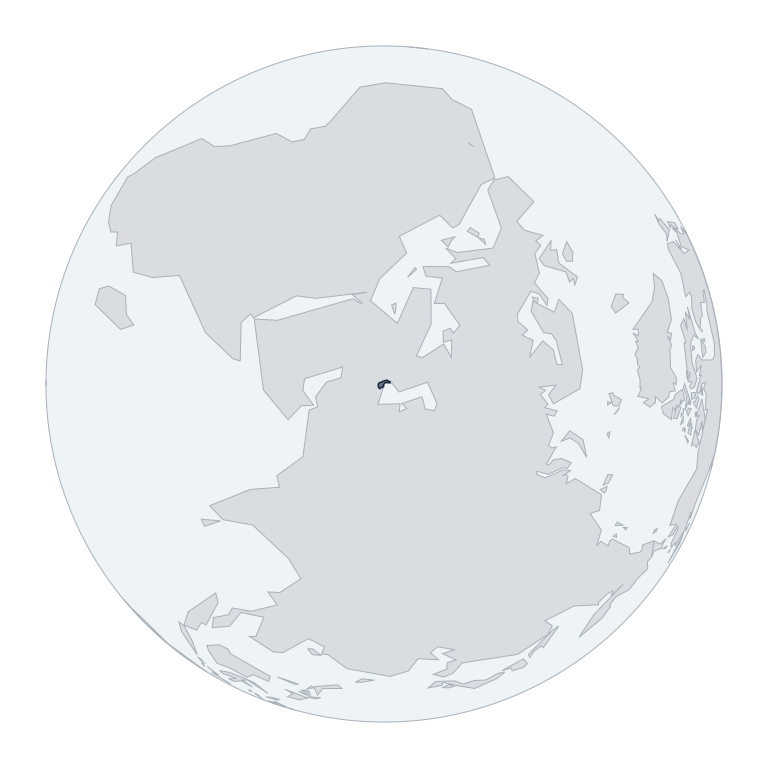 globe centered on Gilan, rotated 103°
{"feature_id": "IRN-3240", "entity_name": "Gilan", "entity_type": "Province", "adm_level": 1, "iso_a3": "IRN", "parent_name": "Iran", "parent_adm1": "", "projection": "orthographic", "projection_center": [49.412, 37.503], "detail": "fine", "context": "on_globe", "style": "filled", "palette": "slate", "viewbox_px": 768, "rotation_deg": 103, "n_neighbors": 0, "source": "natural_earth", "source_scale": "10m", "svg_char_len": 11794}
<svg xmlns="http://www.w3.org/2000/svg" viewBox="0 0 768 768"><g transform="rotate(103 384 384)"><circle cx="384" cy="384" r="338" fill="#eef3f6" stroke="#a8b0b8"/><path d="M377.3,46.1L394.9,47.9L430.8,53.8L446.5,55.5L439.6,56.0L472.3,60.0L494.5,67.0L466.6,59.5L461.7,59.3L475.5,63.7L473.4,64.5L478.8,67.4L475.1,68.4L459.1,64.9L456.4,65.7L466.3,68.9L468.8,72.5L454.7,67.5L457.6,73.6L431.3,70.9L396.5,60.2L379.2,62.7L335.9,63.0L337.1,65.1L321.4,67.7L316.9,71.4L310.2,71.2L312.4,74.4L319.5,73.9L322.8,75.4L320.8,77.8L311.8,77.7L311.5,76.5L307.9,77.7L304.2,76.8L304.9,78.6L294.3,78.8L301.7,82.3L290.7,85.6L284.5,84.7L289.2,80.0L286.6,69.2L281.8,68.4L270.2,71.2L239.8,85.8L232.8,87.6L220.2,93.4L222.2,94.1L232.6,90.0L233.2,93.8L245.9,89.2L248.0,90.4L259.5,88.4L253.3,94.1L241.0,101.1L231.2,103.4L225.5,106.8L231.2,109.7L209.4,119.6L189.0,137.0L183.8,139.5L180.2,134.1L189.4,120.7L184.8,117.0L183.2,125.3L170.3,132.8L166.2,136.9L164.3,140.4L167.4,140.1L162.0,144.3L161.6,136.8L166.5,132.8L166.6,135.0L170.8,129.1L170.4,125.6L163.9,130.5L170.2,122.6L165.7,126.2L164.5,127.1L171.4,121.5L164.1,127.4L184.4,111.4L205.8,96.9L228.3,84.1L251.6,73.1L275.8,63.9L300.6,56.5L325.9,51.1L351.5,47.6L377.3,46.1ZM47.7,416.6L49.1,428.6L50.1,435.8L47.7,416.6ZM388.5,46.1L389.7,46.1L393.2,46.3L388.0,46.2L386.4,46.1L388.5,46.1ZM458.2,57.0L450.5,55.1L458.7,56.8L458.2,57.0ZM480.3,67.7L483.1,68.2L484.7,69.6L480.3,67.7ZM262.1,85.5L260.8,86.9L259.4,86.5L262.1,85.5ZM268.4,83.5L267.6,82.1L270.5,80.9L270.9,81.8L268.4,83.5ZM480.5,72.5L482.2,75.1L477.7,71.8L480.5,72.5ZM268.6,85.7L275.6,79.2L280.6,77.4L286.3,79.5L268.6,85.7ZM481.4,76.2L485.8,83.2L492.5,84.5L476.1,85.7L477.8,78.8L471.2,74.3L477.9,76.6L481.4,76.2ZM322.5,72.8L315.0,73.4L323.1,70.9L322.5,72.8ZM327.0,70.9L347.3,62.6L357.5,63.5L348.6,65.8L363.3,65.8L358.2,70.3L349.1,71.3L343.5,69.7L345.8,72.7L327.0,70.9ZM466.3,85.7L465.0,87.2L463.3,85.1L466.3,85.7ZM324.7,75.8L327.9,73.8L337.0,74.3L332.2,78.5L330.8,76.9L324.7,75.8ZM369.6,63.9L375.5,65.4L373.0,69.3L375.0,70.5L359.0,70.5L369.6,63.9ZM327.8,78.0L329.6,80.7L323.5,82.7L322.2,77.9L327.8,78.0ZM341.3,72.8L345.4,73.4L341.6,74.3L341.3,72.8ZM302.9,92.5L306.6,89.5L311.6,89.4L302.9,92.5ZM330.7,81.6L332.8,80.9L335.2,80.7L335.1,82.9L330.7,81.6ZM358.4,73.5L356.1,75.0L364.8,73.6L363.3,76.9L352.9,76.5L356.8,78.1L356.3,79.1L348.4,77.7L358.4,73.5ZM342.2,84.7L328.5,86.0L320.6,91.2L315.9,91.3L329.4,82.9L342.2,84.7ZM346.5,80.6L342.8,83.1L338.8,81.6L338.9,79.1L346.5,80.6ZM366.0,79.5L371.0,74.5L373.1,74.8L366.0,79.5ZM340.7,86.4L344.0,86.1L340.6,86.9L340.7,86.4ZM359.1,81.8L360.6,79.8L362.9,80.3L359.1,81.8ZM349.5,87.3L345.1,87.6L345.0,85.7L349.5,87.3ZM354.5,85.0L357.4,86.0L347.6,84.9L354.8,84.0L354.5,85.0ZM361.1,82.5L363.0,82.1L360.1,83.2L361.1,82.5ZM352.3,94.5L340.0,93.5L339.8,89.3L351.8,90.7L352.3,94.5ZM90.2,450.6L83.1,393.5L91.6,381.6L96.7,360.5L158.4,322.3L167.6,334.1L211.7,346.8L216.5,352.1L207.0,367.7L236.6,402.3L251.3,391.4L282.4,411.9L305.9,415.9L321.9,384.6L283.5,377.2L281.1,359.6L315.2,351.5L349.4,358.8L349.6,352.3L331.5,334.9L343.0,324.5L325.7,328.0L330.0,335.5L319.3,338.3L314.7,331.7L318.9,328.0L309.7,323.2L291.8,343.3L294.3,353.1L267.8,350.9L269.4,367.4L260.9,372.5L255.0,346.8L258.4,338.8L244.5,307.8L238.5,315.8L251.3,345.9L245.7,342.1L237.7,354.5L239.4,342.1L227.0,308.3L205.5,304.7L171.7,326.5L160.5,322.7L154.0,309.6L172.7,279.0L195.7,291.2L202.6,281.8L203.5,262.5L210.4,268.3L213.6,262.3L222.8,266.4L241.2,257.5L251.5,260.3L263.9,243.4L270.9,242.9L261.5,252.8L260.5,261.7L286.4,269.9L293.0,267.4L299.0,256.1L305.4,260.3L307.9,248.4L325.4,248.2L306.2,238.9L312.7,226.8L326.1,219.9L324.8,214.6L303.0,225.9L297.4,232.2L298.1,239.9L279.9,257.1L269.8,257.5L275.8,234.2L262.2,232.7L272.9,216.4L325.3,193.7L344.5,192.1L365.2,214.4L357.7,221.2L346.5,216.3L352.0,231.9L353.9,225.3L359.2,229.2L366.8,219.6L371.0,222.0L371.2,209.2L377.1,211.1L376.8,219.2L393.2,208.0L406.9,209.8L408.6,206.2L406.5,201.9L425.3,207.8L425.7,205.0L419.7,201.8L416.6,194.3L418.6,183.8L425.0,186.4L425.1,190.5L435.1,203.8L434.6,215.2L437.4,215.3L439.3,206.1L427.2,189.8L426.5,182.8L433.5,189.5L430.9,186.5L432.6,183.9L440.2,184.0L433.1,176.4L442.9,147.3L458.7,145.5L463.8,154.1L477.4,139.4L494.1,140.4L488.5,137.3L491.3,129.3L486.1,128.7L483.6,126.7L488.4,108.1L494.4,106.5L490.2,96.7L487.3,95.3L482.6,95.8L476.1,85.7L492.5,84.5L498.2,87.5L504.6,85.4L516.6,93.1L529.5,99.1L538.8,109.9L548.2,114.4L549.6,113.2L563.4,119.1L586.9,137.0L561.6,127.7L525.1,105.9L539.4,114.8L534.3,114.7L538.3,119.3L548.5,125.9L550.9,125.4L557.6,149.0L578.6,174.0L581.7,165.6L590.8,167.7L617.4,193.1L638.2,245.1L650.6,251.9L656.1,260.1L655.8,270.6L647.8,258.8L641.2,259.6L636.7,251.9L633.6,266.1L627.1,255.7L627.9,272.6L635.3,278.2L640.5,268.9L644.0,289.0L658.2,295.8L667.6,312.4L669.7,355.9L660.2,378.0L661.2,384.2L653.4,382.9L649.1,400.4L668.4,422.0L670.0,431.2L660.2,458.4L658.9,452.1L638.3,448.6L638.8,472.0L654.6,479.9L660.1,496.5L649.9,497.7L643.7,483.4L636.4,481.6L635.3,462.2L623.3,438.3L612.7,450.3L610.6,438.6L592.5,421.2L575.7,437.5L551.0,480.3L552.4,510.3L541.8,526.5L516.8,490.6L508.1,462.5L497.5,467.8L473.0,446.6L426.3,451.1L421.1,443.4L412.0,447.8L395.0,440.5L387.6,427.2L376.7,428.2L396.8,462.6L408.7,461.6L420.6,447.7L423.9,459.9L440.4,469.4L417.0,500.1L349.9,525.0L345.9,502.2L307.9,433.4L310.5,426.2L310.4,425.3L310.1,423.8L304.1,435.2L298.4,421.2L315.9,469.8L317.8,489.2L349.0,526.3L345.4,529.5L356.2,537.0L393.8,529.3L393.5,536.6L374.2,569.4L324.3,607.7L332.4,633.7L331.4,653.4L303.7,662.1L309.6,675.8L295.8,677.8L297.3,684.4L288.1,688.8L271.6,690.0L239.8,680.3L235.0,674.5L214.9,657.6L185.7,616.7L190.8,603.1L186.8,588.1L164.1,545.3L168.8,527.9L163.5,516.6L152.0,512.9L146.1,499.1L139.5,495.0L100.2,474.2L90.2,450.6ZM132.7,350.0L130.0,355.9L132.7,350.0ZM383.0,383.5L405.2,385.3L399.6,363.8L407.7,363.0L402.8,356.4L399.1,362.3L387.9,344.1L399.1,338.1L398.6,328.8L391.2,327.9L372.5,342.0L388.4,367.7L381.4,376.3L383.0,383.5ZM170.4,133.2L170.2,133.9L167.2,137.9L166.7,137.0L170.4,133.2ZM166.1,152.1L157.5,158.5L163.2,152.9L160.7,152.4L169.6,140.6L181.7,140.2L174.6,142.2L166.1,152.1ZM184.8,125.8L177.8,132.6L184.9,125.2L184.8,125.8ZM222.0,228.1L223.3,233.9L217.1,239.4L204.2,238.0L213.1,229.7L222.0,228.1ZM226.7,241.0L236.2,219.6L244.6,220.4L238.3,223.4L242.9,226.1L233.9,231.9L232.6,254.4L227.0,261.0L206.3,253.4L216.1,251.9L214.2,246.0L226.7,241.0ZM245.8,170.9L250.0,163.6L262.8,174.4L257.3,180.0L244.1,178.4L242.8,170.8L245.8,170.9ZM277.3,91.6L278.2,89.5L280.6,89.4L282.0,91.0L277.3,91.6ZM304.2,91.1L276.4,100.9L275.9,98.9L260.3,108.2L252.9,106.6L263.3,100.5L245.8,106.7L252.3,100.6L240.6,105.7L264.5,92.2L269.6,87.5L266.8,93.1L273.4,94.5L277.8,93.8L294.1,88.5L308.3,80.1L317.2,80.9L319.7,83.7L317.6,85.8L312.5,84.5L313.4,88.3L304.5,88.1L304.2,91.1ZM343.7,126.9L338.7,122.6L339.0,133.8L330.0,132.2L330.6,133.6L322.4,135.4L313.5,140.2L310.1,138.6L308.1,141.3L302.6,142.8L298.7,146.1L291.2,144.5L285.8,148.5L285.3,145.6L278.1,153.0L280.1,146.9L273.2,148.8L274.9,153.8L243.7,141.3L229.0,142.1L215.7,146.6L220.9,136.5L236.7,126.3L256.5,118.4L269.9,119.6L269.8,115.3L276.2,114.7L273.6,118.4L281.4,112.5L285.9,113.2L303.6,108.5L312.1,100.6L318.8,99.1L317.7,102.6L325.1,98.7L327.7,104.4L332.5,103.6L339.9,108.9L335.1,116.7L340.9,115.3L346.8,119.8L343.7,126.9ZM354.0,96.1L350.3,104.9L343.6,108.6L333.6,98.0L328.8,97.9L322.1,92.1L332.0,87.1L333.0,89.1L336.3,90.0L331.9,91.2L337.9,90.9L339.4,93.9L344.5,94.6L341.9,97.2L354.0,96.1ZM224.6,348.0L228.8,350.5L236.0,352.3L231.1,360.5L224.6,348.0ZM215.7,325.1L219.9,325.6L216.5,337.3L212.2,335.1L215.7,325.1ZM225.1,316.3L220.4,324.7L220.4,318.9L225.1,316.3ZM265.7,252.9L270.5,253.0L269.9,255.9L265.9,259.2L265.7,252.9ZM342.8,162.7L341.0,158.9L343.1,158.0L345.8,149.0L352.7,150.0L353.7,155.7L342.8,162.7ZM313.7,389.2L305.3,394.4L302.5,390.7L305.9,389.6L313.7,389.2ZM265.0,378.1L274.8,385.0L263.5,380.2L265.0,378.1ZM350.7,162.2L351.1,158.3L354.3,161.3L350.7,162.2ZM357.9,150.3L362.1,152.9L353.8,149.1L357.9,150.3ZM458.6,713.3L461.8,712.8L456.2,714.0L458.6,713.3ZM390.1,652.9L371.6,683.4L355.3,682.9L350.4,674.2L355.9,655.7L374.3,650.6L382.7,641.1L390.1,652.9ZM696.2,499.4L699.4,495.2L699.0,496.6L696.2,499.4ZM693.2,500.7L697.3,495.1L691.9,504.4L693.2,500.7ZM698.8,492.9L702.9,484.3L704.8,479.6L704.1,482.6L698.8,492.9ZM690.1,504.9L670.6,525.6L662.0,530.3L664.7,524.1L678.7,512.2L690.1,504.9ZM664.0,524.6L649.9,523.6L625.5,501.0L634.4,496.4L658.9,503.2L657.5,508.2L666.0,511.1L664.0,524.6ZM695.3,470.8L693.7,483.8L683.6,494.6L678.6,497.9L675.3,486.3L677.2,476.6L681.5,472.6L694.4,429.1L699.7,429.6L696.6,446.1L700.7,451.5L695.3,470.8ZM554.2,512.5L563.0,526.7L556.8,531.6L554.2,512.5ZM696.7,403.1L693.5,422.0L695.5,399.8L696.7,403.1ZM696.2,384.3L697.8,390.0L694.6,387.0L696.2,384.3ZM663.8,392.8L659.4,398.7L657.9,394.4L662.6,384.5L663.8,392.8ZM674.7,326.7L679.9,339.5L680.9,344.8L676.3,339.2L674.7,326.7ZM409.9,170.0L398.4,180.9L394.7,190.5L399.8,198.2L387.7,192.5L393.4,177.6L409.9,170.0ZM438.2,149.5L433.7,143.6L438.8,143.6L440.6,145.0L438.2,149.5ZM433.2,147.7L421.8,145.5L421.3,140.6L430.4,143.3L433.2,147.7ZM386.0,152.7L382.1,155.7L379.6,153.1L386.0,152.7ZM652.2,589.5L656.5,583.2L658.2,581.2L665.4,568.8L685.6,535.9L702.2,497.2L704.3,491.7L694.4,517.7L682.3,542.8L668.2,566.8L652.2,589.5ZM703.7,487.3L709.1,470.7L710.9,465.7L703.7,487.3ZM720.0,419.8L718.9,426.2L718.7,423.7L720.0,414.8L717.8,420.2L720.4,407.1L720.5,413.9L721.6,399.0L721.6,397.7L720.0,419.8ZM718.2,434.1L718.5,431.6L718.8,430.0L718.2,434.1ZM713.5,442.8L713.1,446.3L712.2,446.5L713.5,442.8ZM715.0,437.5L717.4,432.7L714.5,440.9L715.0,437.5ZM703.1,450.6L704.4,455.8L708.7,443.8L705.4,456.1L707.4,463.2L706.0,469.4L704.2,461.3L702.1,476.4L700.1,479.3L699.8,469.6L702.4,452.2L704.3,443.2L711.5,427.7L703.1,450.6ZM715.3,428.6L714.5,422.1L714.9,414.7L716.0,417.0L715.3,428.6ZM710.3,407.5L706.1,403.0L703.8,411.8L707.1,387.6L710.8,395.9L710.3,407.5ZM704.5,390.0L702.5,398.2L703.6,385.1L704.5,390.0ZM701.1,396.0L699.3,389.4L701.7,386.7L701.1,396.0ZM705.9,387.9L703.8,375.0L706.3,380.2L705.9,387.9ZM694.4,375.1L702.1,378.9L694.6,384.1L687.5,361.5L690.2,356.6L694.4,375.1ZM666.6,258.4L662.2,253.1L662.7,247.7L665.6,252.8L666.6,258.4ZM660.3,227.2L661.4,244.6L661.5,259.6L664.6,259.6L670.2,272.6L662.2,266.7L657.4,248.4L658.4,239.1L652.5,229.2L649.5,218.1L640.7,208.4L637.4,201.5L645.7,207.8L660.3,227.2ZM636.8,204.7L620.4,186.2L624.2,181.4L628.7,184.3L634.6,194.6L632.2,196.5L636.8,204.7ZM617.6,180.5L615.1,182.4L585.8,164.2L580.6,159.3L604.9,169.4L603.9,171.9L610.4,177.6L617.6,180.5ZM468.7,88.2L465.4,87.3L468.3,86.8L468.7,88.2ZM480.7,126.7L477.9,123.8L481.3,123.0L480.7,126.7ZM471.8,115.9L469.9,118.7L469.3,114.6L471.8,115.9ZM466.0,125.6L467.8,119.3L469.9,127.0L466.0,125.6Z" fill="#d9dde1" stroke="#a8b0b8" stroke-width="1"/><path d="M380.3,378.7L380.5,378.7L380.8,378.7L381.0,378.5L381.1,378.4L381.5,378.5L381.5,379.0L381.5,379.3L381.5,379.6L381.6,379.9L381.7,380.6L381.8,381.3L381.8,381.5L382.0,382.0L382.1,382.4L382.1,382.6L382.4,383.0L382.7,383.3L383.0,383.5L383.8,383.9L384.1,384.1L385.9,384.3L386.1,384.3L386.3,384.2L386.6,384.2L386.6,384.3L386.5,384.2L386.5,384.3L386.8,384.4L387.5,384.6L387.8,384.8L387.8,385.0L387.9,385.3L388.0,385.4L388.0,385.5L388.1,385.8L388.3,386.0L388.8,386.5L389.0,386.7L389.1,386.8L389.5,387.0L389.4,387.2L389.3,387.4L389.0,387.5L388.8,387.7L388.8,388.2L388.5,388.7L388.2,388.9L387.6,388.8L387.2,388.9L387.1,389.0L386.1,389.5L385.9,389.5L385.4,389.5L385.3,389.4L385.2,389.4L384.9,389.4L384.3,389.2L384.0,388.9L383.7,388.6L383.7,388.4L383.2,388.1L382.9,387.1L382.7,386.8L382.2,386.2L381.5,385.8L381.5,385.6L381.4,385.3L381.4,385.1L381.4,384.9L381.3,384.7L381.0,384.4L380.7,384.2L380.0,382.9L379.6,381.8L379.6,381.4L379.7,381.2L379.8,380.9L379.9,380.7L380.9,379.4L381.0,379.3L380.9,379.2L380.7,379.2L380.5,378.9L380.3,378.8L380.3,378.7Z" fill="#64748b" stroke="#1e293b" stroke-width="1.5"/></g></svg>